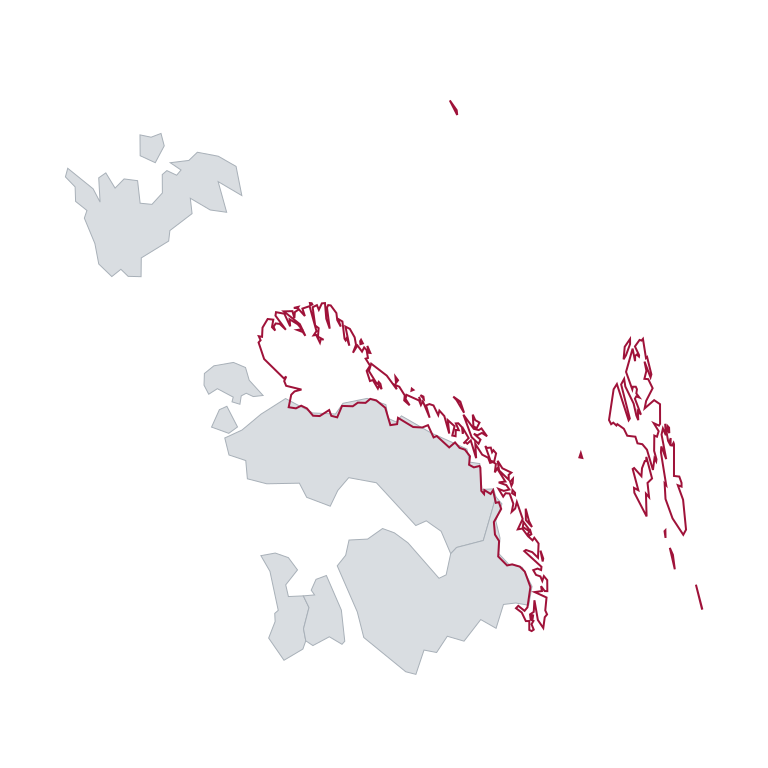 map of Norway with Sweden, Latvia, Estonia and 3 others greyed out, rotated 79°
{"feature_id": "NOR", "entity_name": "Norway", "entity_type": "country or territory", "adm_level": 0, "iso_a3": "NOR", "parent_name": "Europe", "parent_adm1": "", "projection": "natural_earth1", "projection_center": [16.239, 69.249], "detail": "fine", "context": "with_neighbors", "style": "outline", "palette": "rose", "viewbox_px": 768, "rotation_deg": 79, "n_neighbors": 6, "source": "natural_earth", "source_scale": "50m", "svg_char_len": 8619}
<svg xmlns="http://www.w3.org/2000/svg" viewBox="0 0 768 768"><g transform="rotate(79 384 384)"><path d="M379.5,483.4L398.8,459.5L404.2,437.4L395.1,427.9L394.9,403.3L404.6,386.1L418.6,386.4L423.7,379.2L418.6,373.0L440.7,347.5L463.7,315.0L476.9,315.1L480.4,305.2L506.2,308.0L507.8,296.5L516.2,295.7L556.6,316.4L558.3,343.9L563.3,350.9L539.5,356.0L526.4,368.6L529.0,379.8L479.5,410.3L469.2,436.5L479.7,449.7L493.7,460.1L480.5,481.5L465.2,486.0L459.6,518.1L451.0,536.2L432.8,534.3L424.1,549.7L406.6,550.6L402.1,532.2L390.1,510.4L379.5,483.4Z" fill="#d9dde1" stroke="#a8b0b8" stroke-width="1"/><path d="M621.2,509.8L628.7,514.2L636.1,534.9L611.4,545.7L596.4,536.2L588.3,535.0L586.0,531.0L546.1,531.7L529.0,537.6L529.2,523.0L536.2,511.0L550.0,504.4L562.4,518.8L574.4,518.4L576.6,503.6L589.1,500.3L608.9,509.7L621.2,509.8Z" fill="#d9dde1" stroke="#a8b0b8" stroke-width="1"/><path d="M629.0,471.6L631.5,474.9L621.7,485.9L627.2,503.7L621.2,509.8L608.9,509.7L589.1,500.3L576.6,503.6L577.8,492.4L572.5,494.8L562.8,488.0L561.0,477.1L597.8,469.0L629.0,471.6Z" fill="#d9dde1" stroke="#a8b0b8" stroke-width="1"/><path d="M360.6,558.0L350.8,560.9L339.4,558.3L333.7,547.5L334.1,527.7L341.4,516.8L354.6,515.6L372.2,504.9L371.4,514.7L366.8,521.0L368.4,526.4L376.4,529.3L372.5,536.6L368.1,534.5L356.8,548.5L360.6,558.0ZM398.2,536.0L402.8,545.8L393.4,561.5L377.8,550.5L375.9,542.5L398.2,536.0Z" fill="#d9dde1" stroke="#a8b0b8" stroke-width="1"/><path d="M113.4,579.8L92.9,576.0L97.3,565.5L95.5,555.1L108.3,554.3L123.1,566.3L113.4,579.8ZM160.0,588.9L163.4,577.5L154.2,565.1L136.1,561.7L133.1,556.4L139.5,547.7L135.2,542.4L126.0,551.6L127.3,532.9L120.9,523.0L128.8,503.2L142.2,487.7L171.9,487.6L153.7,508.2L185.4,505.7L180.0,521.4L164.7,538.7L180.1,539.9L192.5,564.9L202.6,568.1L213.9,598.2L232.3,602.0L229.5,614.6L221.2,620.4L226.6,630.7L211.8,641.1L191.0,641.0L164.0,646.5L157.0,642.5L145.9,651.9L131.6,649.6L119.9,657.2L111.9,653.3L136.9,632.3L151.3,628.0L127.2,624.7L123.7,616.8L140.4,610.6L133.1,600.0L137.4,587.1L160.0,588.9Z" fill="#d9dde1" stroke="#a8b0b8" stroke-width="1"/><path d="M624.1,296.5L623.2,308.8L645.2,320.6L633.7,334.0L651.7,354.5L643.7,370.0L657.6,383.6L652.8,395.5L675.1,408.1L670.6,417.6L629.0,452.2L602.6,453.7L553.6,464.6L544.8,454.3L530.5,448.1L533.1,429.7L525.6,413.0L532.1,402.2L544.6,390.7L585.2,367.1L583.2,359.4L563.3,350.9L558.3,343.9L556.6,316.4L516.2,295.7L524.2,291.1L539.7,300.4L557.4,299.5L572.2,303.8L584.7,296.0L590.4,283.2L610.9,277.3L628.8,284.2L624.1,296.5Z" fill="#d9dde1" stroke="#a8b0b8" stroke-width="1"/><path d="M522.0,296.9L509.1,297.2L512.3,300.3L507.3,305.7L511.1,306.8L507.4,308.9L484.6,305.4L482.7,305.9L483.0,311.7L479.5,315.9L471.3,313.4L463.9,317.1L461.1,322.0L454.9,325.4L458.7,332.1L445.1,342.2L445.9,345.5L432.8,348.7L434.0,354.7L431.8,363.6L419.9,376.7L425.9,378.8L425.6,385.6L407.6,387.3L398.6,394.7L396.0,400.3L399.0,405.7L397.3,413.2L399.9,418.9L397.5,429.4L407.8,436.3L405.2,441.8L399.1,442.8L403.2,453.2L401.6,459.7L393.3,464.3L389.5,469.4L391.1,475.1L388.6,482.0L376.8,477.1L374.2,473.2L373.7,466.1L367.1,480.4L362.1,481.4L358.0,478.5L359.4,481.2L336.6,496.9L319.3,499.2L317.5,496.8L313.2,497.8L314.4,494.7L305.5,492.5L298.0,485.8L299.7,480.4L306.8,483.1L310.8,480.6L306.8,481.5L303.9,478.8L305.1,474.9L312.0,470.0L296.2,477.5L292.9,476.3L296.0,468.4L309.5,465.1L302.5,464.3L308.9,457.3L314.6,454.0L314.4,458.8L317.5,453.8L321.7,452.0L309.2,455.2L293.6,468.5L295.0,460.0L302.2,459.4L296.4,457.8L294.5,453.3L302.2,448.7L294.4,449.7L293.4,442.2L319.2,440.2L322.8,443.8L322.9,441.2L331.2,439.0L327.6,437.3L329.1,434.8L324.9,439.8L316.7,437.5L313.4,440.4L295.0,439.4L293.8,434.8L298.7,433.8L293.0,429.6L293.3,426.5L308.9,428.2L319.3,426.7L298.2,425.4L295.9,423.7L296.7,421.3L305.3,417.2L312.3,417.7L319.4,415.5L311.3,416.7L314.7,412.9L332.0,414.1L333.8,413.4L331.7,411.8L339.8,410.7L320.3,410.9L323.4,407.0L332.6,403.9L340.2,404.0L347.4,408.5L341.1,402.7L348.0,399.4L344.3,396.5L347.4,394.6L355.4,394.8L355.6,397.2L363.4,394.2L367.8,398.5L378.4,397.2L378.0,394.2L387.3,390.9L384.6,389.2L388.6,387.3L383.2,387.5L380.9,388.8L382.7,390.2L381.1,391.5L368.4,396.3L361.6,392.7L376.3,379.7L391.6,372.5L386.8,373.5L389.6,369.5L399.2,365.8L404.0,367.3L409.8,362.9L402.8,365.7L398.9,364.0L406.9,352.7L411.7,351.8L408.3,349.2L425.8,345.6L413.0,346.8L412.4,343.2L414.5,339.5L424.9,336.7L420.7,334.7L427.0,330.9L445.1,329.4L431.7,328.2L438.9,322.8L447.6,326.8L448.9,323.7L442.8,322.3L443.6,319.4L436.4,321.0L436.7,318.6L441.3,315.7L448.0,316.2L443.5,314.6L453.3,311.2L457.5,317.3L456.7,315.2L458.5,313.6L456.0,309.6L474.4,307.7L460.2,305.8L472.1,301.1L476.3,295.8L481.7,294.9L481.4,291.9L483.8,289.4L491.9,292.1L488.6,289.0L502.9,283.5L502.5,290.2L506.6,283.2L511.5,281.1L511.8,286.8L508.8,291.6L517.3,288.5L514.4,285.5L515.5,281.6L526.3,279.9L533.8,283.0L531.3,279.0L525.2,276.1L542.9,273.6L552.2,280.4L552.3,275.8L560.9,271.7L565.8,268.0L563.6,265.8L570.1,262.7L583.9,266.0L577.4,270.5L574.0,276.3L574.8,278.2L593.5,264.3L596.6,265.3L594.5,268.5L595.2,273.0L600.4,271.2L602.7,267.2L607.5,266.2L603.1,263.7L607.7,261.2L618.5,263.2L617.9,265.8L612.4,268.4L617.4,268.5L617.0,275.8L624.6,265.2L637.0,268.9L641.3,267.9L643.6,270.7L653.9,274.2L645.0,278.0L625.0,277.6L636.3,280.5L638.0,284.6L643.3,285.0L645.1,282.5L647.9,285.0L653.7,283.9L654.7,286.2L653.1,288.3L644.4,286.6L643.8,290.0L634.6,292.4L629.3,297.2L627.4,294.5L633.5,289.3L630.6,285.8L611.2,279.0L595.0,281.6L589.2,285.5L585.5,292.6L585.6,297.8L575.1,304.8L560.1,301.0L553.0,303.8L540.5,302.5L529.0,292.8L521.9,293.8L522.0,296.9ZM456.5,116.9L475.8,120.6L477.3,122.0L473.9,126.7L482.7,123.4L487.8,126.1L486.2,128.5L501.2,131.6L509.9,130.9L511.9,131.6L508.6,132.7L519.7,136.4L498.7,138.4L492.4,141.9L490.6,146.5L483.7,147.3L481.2,155.1L473.7,157.1L467.9,162.6L469.1,163.8L465.7,166.3L466.8,168.7L462.3,170.0L433.0,159.6L428.5,155.4L466.3,150.8L464.8,149.3L429.7,151.3L424.8,147.3L432.5,147.6L450.8,142.7L463.1,142.3L468.0,141.3L459.0,140.0L463.1,137.6L446.3,140.5L444.3,138.7L446.0,135.9L441.4,138.1L437.4,136.7L434.7,137.4L434.2,140.2L436.7,141.3L418.3,144.1L396.7,133.2L409.5,133.2L404.3,132.1L403.3,130.2L405.7,128.5L404.5,128.1L395.0,130.5L389.5,124.7L390.5,122.9L389.1,121.2L408.5,121.9L407.7,120.6L425.6,119.7L428.3,121.1L411.7,124.0L421.1,123.9L428.6,127.4L429.7,123.7L439.4,121.1L450.6,129.9L457.7,132.8L451.4,121.9L456.5,116.9ZM498.4,110.8L529.6,116.9L531.2,111.8L537.8,110.8L541.5,111.5L539.4,114.9L554.7,112.5L584.6,115.3L589.1,119.0L571.0,126.4L550.6,129.6L535.2,127.5L537.2,126.3L503.8,125.2L498.2,123.7L511.6,121.3L486.6,121.2L480.9,118.7L488.1,117.1L476.7,115.6L493.9,116.0L496.2,115.3L491.8,112.9L498.8,114.4L499.4,112.9L497.0,111.0L498.4,110.8ZM505.6,140.4L527.9,138.9L531.4,144.2L545.7,145.4L541.7,147.8L564.1,151.5L538.5,159.0L533.7,158.4L536.8,154.6L514.9,156.1L514.2,154.5L523.6,148.9L515.9,146.8L509.4,142.7L509.7,141.3L505.6,140.4ZM449.9,305.3L457.0,299.9L460.7,302.6L452.9,308.1L429.3,311.9L445.2,304.4L447.3,299.8L446.2,296.8L455.0,292.8L450.7,297.2L452.2,302.3L449.9,305.3ZM473.5,287.2L481.3,290.7L479.7,294.1L464.2,296.4L466.4,295.2L466.8,291.3L471.6,290.9L469.9,289.2L473.5,287.2ZM497.0,279.0L501.8,279.8L490.8,287.5L481.1,287.1L489.3,283.9L495.3,275.9L497.0,279.0ZM391.7,134.8L402.0,141.0L405.5,144.1L393.4,140.6L386.8,133.9L391.7,134.8ZM440.1,297.6L445.0,301.4L442.6,304.3L431.0,302.7L436.9,301.3L440.1,297.6ZM552.6,266.0L544.7,270.7L533.4,268.7L546.4,267.8L552.6,266.0ZM555.2,270.6L550.8,275.0L546.0,273.4L554.2,269.4L555.2,270.6ZM416.2,312.4L427.5,310.9L415.2,315.3L416.2,312.4ZM133.9,260.8L118.2,265.3L129.1,260.4L133.9,260.8ZM665.3,114.8L640.5,116.1L666.1,114.5L665.3,114.8ZM606.8,133.0L621.4,133.9L599.4,134.7L606.8,133.0ZM577.4,262.2L585.7,261.0L588.5,262.1L577.4,262.2ZM560.6,270.3L558.1,271.0L555.7,268.4L559.6,268.0L560.6,270.3ZM518.0,276.6L515.7,279.1L512.5,278.1L515.8,276.1L518.0,276.6ZM494.4,203.5L493.3,206.2L489.4,204.0L494.4,203.5ZM588.8,137.0L582.0,136.7L581.3,135.7L588.8,137.0ZM383.0,369.5L385.2,372.0L379.0,371.4L383.0,369.5ZM501.6,275.5L505.8,276.6L508.2,278.3L504.1,278.8L501.6,275.5ZM486.6,113.3L484.0,114.1L479.6,113.5L481.2,112.5L486.6,113.3ZM350.5,392.8L343.4,393.1L350.9,391.5L350.5,392.8ZM340.4,399.5L337.4,399.2L336.2,398.1L340.1,397.0L340.4,399.5ZM413.4,316.0L409.6,318.4L413.8,314.4L413.4,316.0ZM293.1,454.4L292.1,458.0L291.9,453.3L293.1,454.4ZM406.1,347.8L401.9,350.3L403.9,347.7L406.1,347.8ZM642.7,282.9L638.9,284.2L638.6,283.7L639.6,281.8L642.7,282.9ZM407.3,351.6L403.3,352.1L408.2,351.1L407.3,351.6ZM395.4,356.3L395.8,358.3L393.9,357.6L395.4,356.3ZM292.7,441.3L290.4,441.3L290.9,439.6L292.2,439.2L292.7,441.3Z" fill="none" stroke="#9f1239" stroke-width="2"/></g></svg>